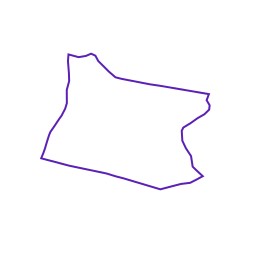 Santa Maria do Cambucá, Pernambuco, Brazil (Equal Earth projection), rotated 121°
{"feature_id": "56859067B44765551907851", "entity_name": "Santa Maria do Cambucá", "entity_type": "district", "adm_level": 2, "iso_a3": "BRA", "parent_name": "Brazil", "parent_adm1": "Pernambuco", "projection": "equal_earth", "projection_center": [-35.886, -7.823], "detail": "fine", "context": "isolated", "style": "outline", "palette": "violet", "viewbox_px": 256, "rotation_deg": 121, "n_neighbors": 0, "source": "geoboundaries", "source_scale": "gbopen_adm2", "svg_char_len": 773}
<svg xmlns="http://www.w3.org/2000/svg" viewBox="0 0 256 256"><g transform="rotate(121 128 128)"><path d="M57.3,76.1L75.6,123.0L79.3,131.8L89.2,158.9L91.0,164.9L89.5,173.5L85.9,188.0L82.8,193.2L83.3,197.9L87.9,201.2L92.7,206.8L95.6,216.9L101.6,213.9L111.7,206.7L118.1,202.6L126.9,200.1L138.2,193.2L143.8,191.8L151.6,191.3L155.1,191.6L158.5,191.8L163.5,192.0L171.6,192.5L175.1,191.9L180.2,190.7L184.2,189.7L188.4,188.6L192.3,187.8L198.7,186.8L190.6,159.0L188.2,152.1L178.0,122.8L175.8,113.8L173.5,106.1L163.9,68.7L155.5,60.5L148.6,53.7L143.0,46.5L137.4,43.0L130.8,39.1L128.9,48.2L127.8,52.7L119.6,59.5L115.5,68.0L110.9,74.9L102.7,80.5L99.1,80.8L91.5,76.8L83.7,73.4L76.9,69.6L70.5,67.9L66.5,69.7L63.7,74.9L57.3,76.1Z" fill="none" stroke="#5b21b6" stroke-width="2"/></g></svg>